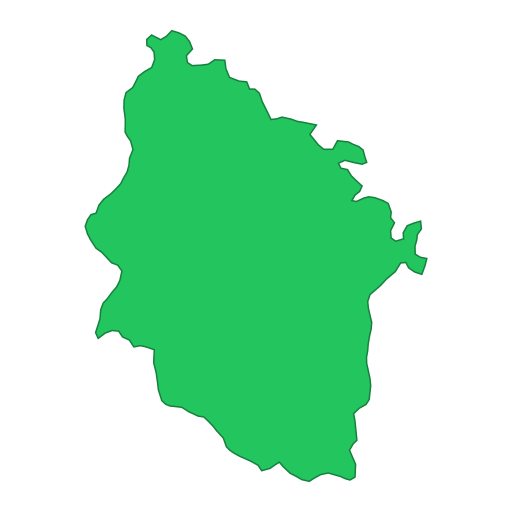 outline of Nuporanga, São Paulo, Brazil
{"feature_id": "56859067B16762303364783", "entity_name": "Nuporanga", "entity_type": "district", "adm_level": 2, "iso_a3": "BRA", "parent_name": "Brazil", "parent_adm1": "São Paulo", "projection": "natural_earth1", "projection_center": [-47.722, -20.7], "detail": "fine", "context": "isolated", "style": "filled", "palette": "green", "viewbox_px": 512, "rotation_deg": 0, "n_neighbors": 0, "source": "geoboundaries", "source_scale": "gbopen_adm2", "svg_char_len": 2597}
<svg xmlns="http://www.w3.org/2000/svg" viewBox="0 0 512 512"><path d="M426.8,258.5L420.1,257.2L415.2,254.1L415.0,246.1L416.7,240.3L417.4,234.5L421.4,228.9L420.6,221.1L413.8,223.1L407.2,225.7L403.2,232.8L403.6,238.8L395.7,241.2L391.1,238.0L390.6,230.6L394.5,222.8L390.6,217.8L391.2,212.0L388.2,203.5L383.0,200.6L374.9,197.7L368.7,196.8L364.0,198.0L356.4,201.5L351.9,200.6L355.0,195.1L359.6,191.5L362.1,186.0L356.4,180.8L351.3,175.8L347.5,169.6L340.9,168.2L338.4,163.3L344.8,160.3L355.4,162.9L362.1,164.2L366.7,162.4L364.8,156.6L363.1,150.1L358.7,146.5L353.0,144.3L348.6,142.0L337.5,140.7L332.8,149.3L323.7,149.3L318.3,144.8L309.9,134.4L316.4,125.0L303.7,122.4L297.4,121.4L291.0,119.1L282.0,117.1L277.0,118.8L271.0,119.5L266.6,110.4L262.2,101.6L259.4,93.2L254.8,89.1L249.6,89.1L246.7,81.8L239.0,81.1L229.5,77.4L225.9,68.6L224.8,60.2L214.7,59.8L208.3,64.2L201.7,65.1L192.1,65.6L187.4,62.5L186.4,55.7L192.5,49.0L189.5,41.5L185.1,36.0L178.8,32.8L171.8,30.7L166.4,36.3L160.7,39.7L151.6,35.0L146.7,39.5L146.9,45.5L150.9,47.7L154.1,52.2L154.6,59.8L151.7,67.5L144.5,71.6L138.4,76.2L135.6,82.0L132.7,87.6L126.1,92.5L124.1,100.1L123.9,108.3L125.3,119.1L125.3,124.5L125.1,132.0L127.4,136.4L130.5,140.7L133.0,149.5L129.5,158.3L129.0,165.2L127.1,172.0L123.2,178.7L120.7,183.7L115.8,189.0L110.8,193.9L103.7,199.2L99.0,205.0L96.1,213.1L90.9,214.7L87.4,219.9L85.2,226.3L87.5,233.9L90.4,239.5L96.1,248.3L101.7,252.2L105.1,255.8L111.6,262.8L117.7,265.1L121.9,271.0L119.9,280.3L116.9,286.5L111.1,293.5L107.6,298.4L103.2,303.1L100.7,309.8L100.0,318.8L95.6,332.6L98.2,338.4L105.2,333.1L112.1,330.5L118.7,331.2L122.6,337.0L129.3,340.0L133.9,346.9L140.4,345.7L145.3,346.7L154.3,349.7L154.0,355.7L153.7,362.7L156.2,372.8L157.6,382.9L158.4,389.8L161.8,400.6L165.5,404.1L169.9,406.0L175.0,406.5L181.8,407.3L188.9,411.8L193.3,413.8L198.1,416.1L203.9,417.0L208.5,421.4L213.2,426.3L216.8,431.0L223.3,438.0L226.4,446.7L229.7,450.2L234.1,453.2L240.0,456.4L250.6,461.1L258.0,465.2L261.7,470.7L270.0,468.4L275.4,464.6L279.4,462.2L283.1,466.6L290.2,473.3L296.1,476.3L302.0,479.7L309.4,481.3L313.9,478.3L320.7,474.6L328.3,473.0L340.6,476.5L345.3,478.7L350.0,480.0L355.0,477.1L355.6,464.3L349.5,450.2L353.2,443.8L356.9,440.3L354.9,420.5L353.6,413.7L359.3,408.2L366.0,404.5L369.2,399.5L370.7,385.7L369.9,378.1L366.7,363.5L366.5,357.4L367.7,350.7L368.2,344.1L369.5,336.3L371.2,328.8L371.7,322.3L370.2,316.2L368.4,308.3L367.7,301.6L370.0,294.6L375.1,290.2L380.8,285.2L386.4,279.1L395.3,271.6L400.6,263.0L405.9,262.5L408.6,267.8L414.5,271.9L421.8,274.4L425.1,265.4L426.8,258.5Z" fill="#22c55e" stroke="#15803d" stroke-width="1.5"/></svg>